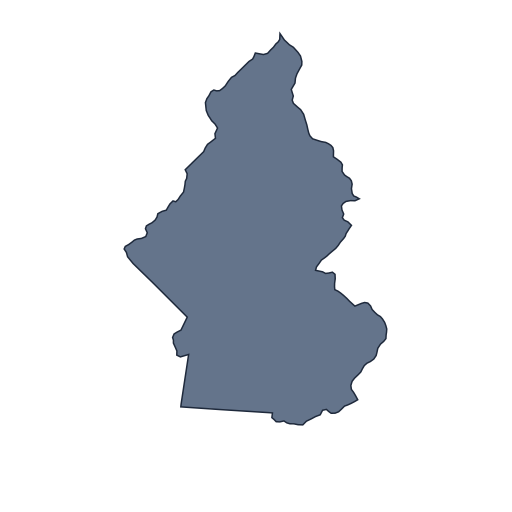 Tanque Novo, Bahia, Brazil (orthographic projection), rotated 238°
{"feature_id": "56859067B80880308839794", "entity_name": "Tanque Novo", "entity_type": "district", "adm_level": 2, "iso_a3": "BRA", "parent_name": "Brazil", "parent_adm1": "Bahia", "projection": "orthographic", "projection_center": [-42.526, -13.552], "detail": "fine", "context": "isolated", "style": "filled", "palette": "slate", "viewbox_px": 512, "rotation_deg": 238, "n_neighbors": 0, "source": "geoboundaries", "source_scale": "gbopen_adm2", "svg_char_len": 3133}
<svg xmlns="http://www.w3.org/2000/svg" viewBox="0 0 512 512"><g transform="rotate(238 256 256)"><path d="M167.9,112.3L145.3,143.5L116.2,184.1L114.2,186.8L110.5,183.8L107.7,184.7L104.8,185.3L102.7,188.3L101.3,192.3L98.2,193.7L95.8,195.8L93.6,199.2L90.7,202.2L88.0,206.2L89.2,211.2L88.6,216.6L88.3,221.4L87.3,226.3L89.9,230.7L88.6,234.4L85.5,235.3L82.8,236.4L80.8,239.8L80.1,243.5L80.8,247.2L81.8,251.5L81.1,254.8L80.6,258.5L80.3,262.4L80.2,266.1L84.8,266.4L88.6,266.5L92.3,266.2L95.9,267.8L98.8,271.1L100.2,274.9L101.2,279.8L102.1,283.4L104.0,286.5L105.7,289.8L106.3,293.3L105.9,297.1L106.2,301.3L107.9,305.1L110.0,307.3L113.2,310.4L115.3,314.9L115.9,319.0L117.1,322.4L120.1,324.5L122.2,326.3L124.8,328.2L128.1,329.2L131.5,329.9L135.6,329.9L138.7,329.4L141.8,327.8L145.1,326.9L149.1,326.1L152.9,326.7L156.8,325.9L159.0,323.5L159.9,320.4L160.6,316.3L161.1,313.3L164.6,312.3L168.2,311.3L171.6,310.6L176.0,309.4L179.6,308.2L182.7,306.9L185.7,305.0L188.3,306.3L191.2,308.2L194.7,311.1L198.6,313.3L201.8,312.2L203.0,308.6L204.4,305.7L207.3,304.1L209.6,301.7L212.3,298.9L214.7,301.5L216.3,305.6L217.9,309.3L218.1,313.1L218.4,316.1L219.0,319.0L219.6,323.0L220.2,327.6L221.4,331.3L223.0,334.8L224.4,339.6L225.5,342.2L227.3,344.3L228.6,347.1L229.8,349.5L231.4,353.2L236.3,352.0L239.6,349.8L242.7,349.5L245.1,352.6L249.5,353.3L253.2,355.0L254.4,357.7L254.6,361.2L252.9,365.5L250.4,369.2L249.8,373.9L252.9,372.3L255.1,370.7L258.0,370.7L262.5,372.6L266.0,375.6L269.2,376.7L272.4,376.5L275.1,375.1L277.8,374.0L282.1,373.8L285.2,375.8L287.5,377.6L290.6,377.7L295.1,376.0L299.1,374.2L304.1,377.5L307.2,378.6L310.0,378.2L312.7,377.0L315.4,375.3L318.5,371.9L321.9,369.0L325.4,366.1L329.5,365.4L332.4,365.9L335.8,367.0L340.3,368.6L345.3,369.9L350.9,371.5L356.4,371.4L360.4,370.1L365.6,368.6L369.0,369.3L371.9,372.4L375.3,373.3L378.6,374.2L382.0,380.7L386.0,383.8L388.8,387.3L392.1,393.1L393.7,396.0L396.7,398.0L402.0,399.7L406.4,399.5L413.2,398.3L417.5,396.2L420.8,395.4L424.2,394.5L427.6,394.4L431.9,394.2L427.1,390.9L425.8,388.3L425.3,385.2L423.8,381.5L423.0,377.7L421.7,373.2L422.9,369.1L425.8,365.9L428.5,363.0L426.2,359.9L424.8,357.5L424.7,353.2L423.6,348.2L422.4,342.9L421.3,337.8L420.2,333.9L420.5,329.9L418.8,325.0L416.5,320.0L415.8,316.3L415.5,312.8L416.9,310.1L419.1,308.2L419.1,304.8L416.9,301.1L415.5,297.8L412.9,294.4L408.8,292.4L405.7,290.9L400.5,290.0L397.2,290.1L394.1,290.1L389.6,291.2L384.9,291.2L383.2,288.6L381.5,286.0L377.3,284.0L376.6,277.3L376.4,274.1L374.5,270.2L372.2,266.9L366.7,241.7L362.2,241.2L358.5,238.3L356.9,235.7L354.2,233.6L351.4,231.1L348.6,228.4L347.0,223.7L345.2,219.9L344.5,216.7L346.7,214.8L345.8,210.7L344.3,207.7L342.4,204.2L343.6,200.1L343.9,195.2L341.5,192.7L339.9,189.5L339.3,185.3L339.6,182.2L339.6,179.0L337.7,176.7L333.3,176.1L330.9,172.8L331.6,168.2L333.4,164.2L333.9,161.3L333.5,158.3L333.2,154.3L333.4,150.2L331.8,147.9L327.7,148.0L323.4,146.7L314.7,147.8L286.1,154.8L240.6,165.3L232.9,153.1L233.3,148.7L233.3,145.2L231.1,142.1L228.4,141.4L225.9,139.8L221.4,139.2L217.4,138.6L213.9,136.3L210.5,138.4L208.2,146.7L170.2,114.1L167.9,112.3Z" fill="#64748b" stroke="#1e293b" stroke-width="1.5"/></g></svg>